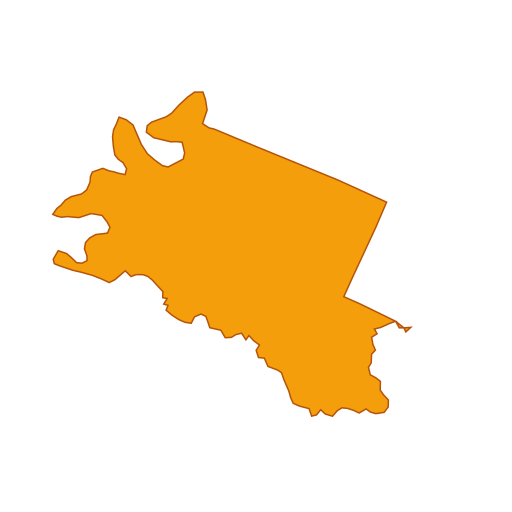 the district of Ariranha do Ivaí, Paraná, Brazil, rotated 213°
{"feature_id": "56859067B92755437494593", "entity_name": "Ariranha do Ivaí", "entity_type": "district", "adm_level": 2, "iso_a3": "BRA", "parent_name": "Brazil", "parent_adm1": "Paraná", "projection": "orthographic", "projection_center": [-51.529, -24.379], "detail": "fine", "context": "isolated", "style": "filled", "palette": "amber", "viewbox_px": 512, "rotation_deg": 213, "n_neighbors": 0, "source": "geoboundaries", "source_scale": "gbopen_adm2", "svg_char_len": 2217}
<svg xmlns="http://www.w3.org/2000/svg" viewBox="0 0 512 512"><g transform="rotate(213 256 256)"><path d="M103.4,277.3L141.9,272.6L160.2,269.7L163.4,290.6L171.1,345.0L175.8,372.3L228.9,364.3L314.1,348.1L360.1,339.7L365.2,337.9L372.9,337.9L376.5,351.8L383.6,359.7L389.8,364.6L396.8,360.0L399.9,352.1L402.8,340.6L404.5,329.9L407.1,323.9L416.5,311.4L418.2,306.1L415.4,300.1L406.2,299.5L389.8,305.3L384.8,308.7L379.9,311.2L372.0,303.6L369.8,297.7L378.2,282.8L383.8,280.8L393.2,281.3L402.8,282.6L412.9,287.1L430.5,298.9L439.0,299.6L446.5,297.9L445.0,290.6L444.2,284.4L441.4,278.1L435.3,270.2L429.3,263.8L424.0,262.1L418.4,261.9L412.1,258.8L410.1,253.0L417.0,250.3L421.4,249.1L425.5,247.4L432.2,246.1L439.0,237.3L438.1,232.4L435.4,227.6L434.0,219.2L436.1,213.0L443.3,205.2L446.3,199.1L447.2,192.4L448.9,187.4L449.1,180.2L444.6,181.0L440.2,182.6L435.7,186.3L425.5,191.7L417.3,201.8L407.2,206.2L399.5,203.5L394.2,200.6L393.0,194.4L396.8,191.1L402.0,186.8L405.3,180.7L406.3,174.4L403.8,168.6L397.8,164.0L395.2,160.1L398.0,155.2L402.9,152.7L410.4,154.2L416.3,154.9L424.8,152.7L424.3,142.9L421.0,139.7L415.2,140.8L402.0,144.2L393.7,147.2L382.9,150.6L373.7,152.5L364.6,153.8L361.4,159.3L357.6,172.4L349.6,170.7L346.6,174.9L340.7,178.8L335.4,180.0L329.6,179.3L323.2,177.6L314.7,175.4L311.5,170.2L307.4,172.0L307.2,165.4L302.9,166.7L301.9,161.6L294.3,160.6L286.2,160.6L279.5,161.7L273.7,164.3L274.4,171.5L270.6,177.3L265.3,178.1L261.2,175.1L255.7,170.7L245.0,174.6L237.3,170.7L232.3,174.4L230.1,179.1L226.0,183.4L218.8,180.2L218.6,185.5L212.0,183.7L204.6,183.2L204.5,177.0L198.6,172.2L193.4,174.9L185.8,169.9L175.8,172.1L171.1,172.0L164.8,167.2L154.9,160.6L149.8,156.1L144.5,152.7L137.8,153.8L128.4,156.9L122.1,152.0L118.7,155.7L118.0,162.3L111.8,161.2L104.6,163.3L103.5,170.8L101.2,175.5L96.1,178.1L90.0,179.7L84.0,180.5L80.4,187.7L75.2,187.4L69.7,189.0L63.4,194.6L62.9,201.4L66.5,207.3L73.7,209.1L78.8,211.2L83.4,218.6L89.1,219.1L95.4,218.6L101.0,223.8L101.2,229.2L105.6,236.6L104.6,242.1L109.9,245.6L114.8,250.9L112.1,256.7L116.9,259.3L112.5,264.0L107.5,271.8L103.4,277.3ZM103.4,277.3L96.7,273.8L92.8,276.3L103.4,277.3ZM92.8,276.3L89.0,273.9L87.3,280.5L92.8,276.3Z" fill="#f59e0b" stroke="#b45309" stroke-width="1.5"/></g></svg>